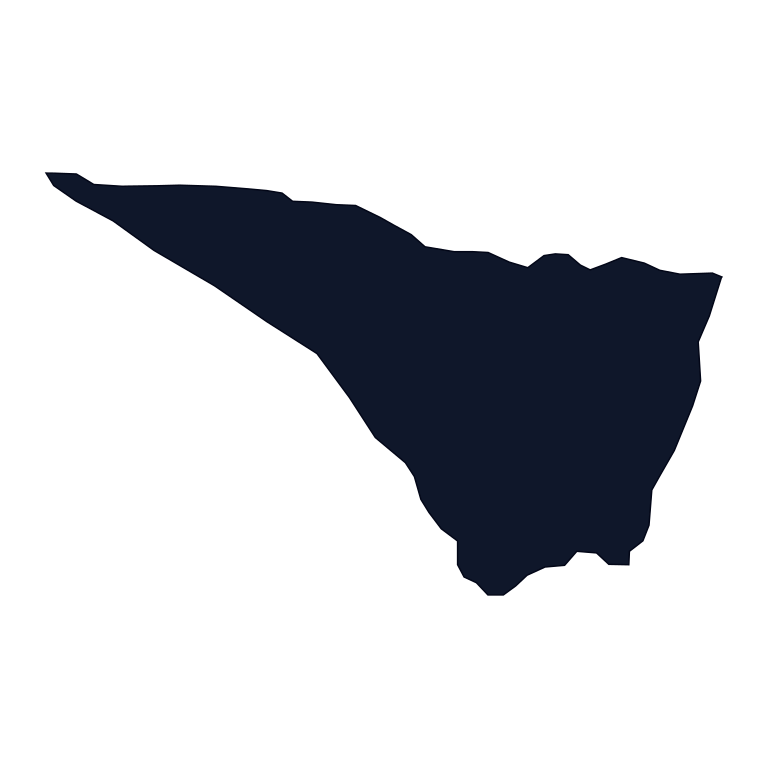 the district of Nordanstig, Gävleborg, Sweden
{"feature_id": "70781695B45160094549088", "entity_name": "Nordanstig", "entity_type": "district", "adm_level": 2, "iso_a3": "SWE", "parent_name": "Sweden", "parent_adm1": "Gävleborg", "projection": "albers", "projection_center": [16.927, 62.052], "detail": "fine", "context": "isolated", "style": "filled", "palette": "ink", "viewbox_px": 768, "rotation_deg": 0, "n_neighbors": 0, "source": "geoboundaries", "source_scale": "gbopen_adm2", "svg_char_len": 1049}
<svg xmlns="http://www.w3.org/2000/svg" viewBox="0 0 768 768"><path d="M46.1,173.1L53.7,185.5L76.1,201.1L113.1,220.9L154.0,250.4L214.4,285.7L266.9,321.7L317.0,353.6L349.4,397.5L375.3,437.5L405.4,462.7L414.4,476.6L420.9,499.4L429.0,512.5L441.3,528.8L457.6,541.0L457.6,564.7L464.1,577.0L476.4,582.7L487.9,594.9L503.4,594.9L515.7,585.9L527.1,575.2L545.0,567.0L564.6,565.3L576.8,551.3L596.5,552.9L608.8,564.3L628.8,564.7L629.4,551.3L642.9,540.8L649.0,525.2L651.8,490.0L660.0,475.4L674.3,450.5L692.6,405.9L700.6,381.0L698.2,341.9L709.3,316.0L721.3,277.8L721.9,277.0L712.4,273.1L680.0,274.2L659.8,270.3L644.3,263.1L621.6,257.6L605.5,264.2L590.2,269.9L580.4,265.1L568.2,254.7L555.3,253.9L544.0,255.6L527.8,267.7L509.2,262.1L488.1,252.5L472.8,251.7L454.2,251.7L425.0,246.8L411.3,234.7L393.5,225.0L380.6,217.7L355.6,205.5L336.2,204.7L312.0,202.1L292.6,201.3L282.1,193.1L266.8,190.6L248.2,188.9L216.0,186.3L179.6,185.2L157.0,185.8L126.6,186.2L122.3,186.3L93.8,184.5L76.4,174.0L54.2,173.2L46.1,173.1Z" fill="#0f172a" stroke="#020617" stroke-width="1.5"/></svg>